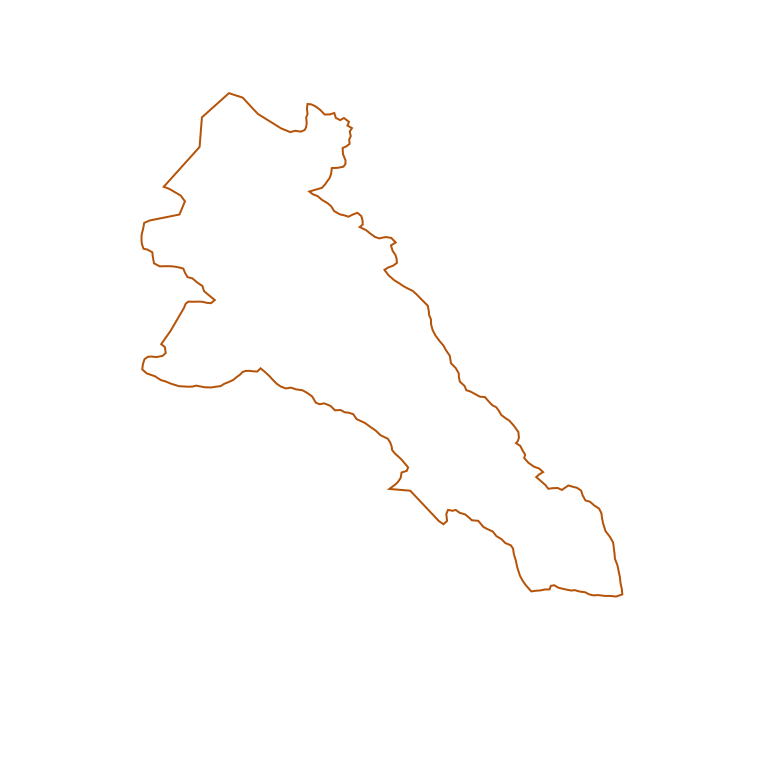 the district of Ubaíra, Bahia, Brazil, rotated 315°
{"feature_id": "56859067B29513354992445", "entity_name": "Ubaíra", "entity_type": "district", "adm_level": 2, "iso_a3": "BRA", "parent_name": "Brazil", "parent_adm1": "Bahia", "projection": "equal_earth", "projection_center": [-39.677, -13.316], "detail": "fine", "context": "isolated", "style": "outline", "palette": "amber", "viewbox_px": 768, "rotation_deg": 315, "n_neighbors": 0, "source": "geoboundaries", "source_scale": "gbopen_adm2", "svg_char_len": 4032}
<svg xmlns="http://www.w3.org/2000/svg" viewBox="0 0 768 768"><g transform="rotate(315 384 384)"><path d="M367.7,88.8L370.1,94.1L371.3,98.5L373.5,107.1L372.4,114.1L359.2,119.5L334.1,102.8L328.4,100.5L323.9,103.6L318.0,107.2L314.8,110.2L311.8,113.8L309.6,118.3L311.8,121.7L313.3,127.1L310.7,130.3L306.7,136.0L308.6,142.2L312.3,145.7L315.6,149.0L318.7,152.6L321.4,156.5L323.7,160.5L321.8,165.0L320.7,169.6L323.2,173.8L323.7,180.1L324.9,186.3L322.4,191.2L323.0,197.8L323.7,205.0L318.8,204.5L316.0,201.2L314.0,197.8L310.7,194.2L306.9,190.6L303.9,187.4L300.5,187.0L296.2,188.8L270.7,195.5L254.6,198.3L255.2,202.9L251.6,207.7L247.2,207.5L242.2,204.1L238.8,200.0L236.3,197.8L232.2,197.1L227.4,199.6L223.4,202.7L223.7,208.8L227.5,216.5L229.0,223.5L231.3,227.6L233.6,233.2L237.5,240.6L243.6,247.4L246.7,250.4L250.0,252.3L254.8,259.4L259.4,264.3L263.3,267.1L267.0,270.0L271.2,270.9L275.1,272.6L280.1,274.5L284.5,274.9L288.8,275.6L292.3,275.5L295.3,276.8L298.3,279.7L300.5,282.6L303.3,285.6L307.8,285.6L308.3,291.0L308.6,297.3L308.3,302.7L308.3,307.7L309.2,312.9L311.5,317.8L315.6,320.7L318.1,325.7L321.9,330.7L323.4,335.9L324.4,341.9L322.6,349.0L324.1,352.7L328.1,355.5L330.7,361.8L330.7,367.9L334.9,371.7L336.2,376.2L338.5,379.0L340.9,383.5L339.8,389.4L341.5,394.1L343.0,398.1L343.8,403.4L345.2,411.2L345.3,417.8L348.0,425.4L347.1,429.5L345.3,433.5L343.0,436.5L342.6,441.0L343.0,449.3L342.1,460.0L338.7,461.5L333.8,459.0L329.4,462.2L324.6,463.1L321.2,463.1L313.6,462.0L327.1,478.0L325.9,519.8L326.9,525.2L331.8,525.4L336.1,520.0L340.3,518.3L342.7,522.0L345.7,523.8L346.4,528.5L349.2,533.7L349.6,538.2L349.8,542.5L353.9,547.4L353.2,555.4L354.9,560.8L356.6,565.1L355.9,571.0L357.4,576.8L357.3,582.2L359.6,587.6L358.9,591.6L355.5,596.2L352.3,602.1L348.4,608.2L344.6,615.6L343.0,620.8L342.0,626.4L341.5,634.8L345.1,637.5L348.7,640.6L352.3,642.9L355.8,646.3L359.2,644.7L362.1,646.7L363.2,651.2L366.2,656.2L370.4,662.5L373.0,664.5L375.6,669.1L378.9,673.4L380.4,678.0L382.6,681.5L386.1,684.6L390.3,690.0L394.3,694.0L397.7,698.3L403.7,701.3L407.1,697.3L410.1,692.5L414.3,687.3L417.6,682.2L420.8,677.4L423.7,670.9L427.2,666.8L430.5,662.5L433.9,658.2L435.7,651.7L436.6,644.6L440.6,637.1L443.2,633.2L446.3,629.2L448.0,624.2L446.8,618.7L446.4,612.9L444.1,608.8L445.7,603.2L448.0,598.8L447.1,593.9L444.8,590.1L442.6,586.1L438.3,585.3L434.9,584.7L433.3,580.4L429.7,577.0L426.1,574.3L426.7,569.8L426.3,563.4L425.8,557.5L429.5,557.6L434.2,558.8L434.0,553.6L431.6,548.6L430.4,541.9L430.8,535.5L433.9,533.7L434.9,529.2L436.6,524.2L435.5,519.2L438.6,518.9L441.6,517.2L445.0,513.0L446.3,505.5L446.7,498.6L445.8,494.3L445.0,488.8L446.3,484.1L446.9,479.6L445.6,475.7L445.7,470.6L446.1,464.5L442.9,460.9L441.3,455.5L439.7,450.2L437.8,446.6L439.6,442.3L439.3,436.0L442.0,431.8L444.4,429.3L446.0,423.4L446.0,416.8L450.5,410.5L451.8,403.5L453.2,398.8L453.7,392.6L454.7,386.0L456.5,380.3L459.4,375.2L462.9,371.5L464.6,367.2L467.1,364.3L470.3,359.6L470.3,353.0L470.4,343.3L470.1,338.4L468.3,333.2L466.9,328.5L466.1,324.2L464.6,317.8L464.1,310.4L465.0,303.6L469.1,304.5L474.2,306.8L478.8,307.5L481.6,304.1L483.4,300.7L484.2,296.1L486.9,290.9L492.4,292.2L492.4,285.8L489.3,281.5L486.5,279.5L483.6,277.7L481.6,273.6L480.7,268.2L480.1,262.5L477.8,255.8L481.7,256.2L484.4,253.3L486.7,249.3L486.3,244.2L481.5,242.0L477.2,240.6L475.5,237.2L472.7,232.7L471.0,226.4L472.3,221.0L472.0,216.5L470.3,209.7L469.9,204.1L467.8,199.4L467.3,195.1L478.8,201.4L483.6,201.2L487.3,200.5L490.8,200.0L495.2,198.0L499.8,194.4L504.1,198.4L508.9,201.6L512.2,201.2L514.9,198.7L517.5,192.5L521.6,187.9L525.7,189.4L529.5,189.9L532.2,186.5L535.8,185.2L538.2,181.3L542.3,180.4L540.9,175.4L544.6,173.9L543.8,167.6L539.6,166.4L538.1,161.8L540.5,157.2L536.4,155.1L532.6,151.5L532.7,144.7L531.8,138.9L530.4,135.0L527.9,131.9L524.0,135.0L520.8,139.1L517.5,140.5L513.9,144.8L510.4,147.4L507.4,148.3L503.7,146.8L500.2,142.1L495.8,139.6L494.3,135.9L492.0,130.5L485.8,103.9L486.1,93.3L486.6,81.6L480.0,68.7L461.6,67.7L443.8,66.7L421.2,86.0L367.7,88.8Z" fill="none" stroke="#b45309" stroke-width="2"/></g></svg>